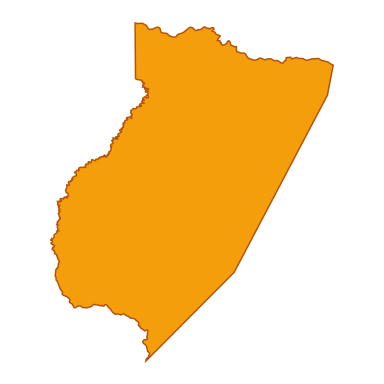 Boca do Acre, Amazonas, Brazil, rotated 270°
{"feature_id": "56859067B47019915073182", "entity_name": "Boca do Acre", "entity_type": "district", "adm_level": 2, "iso_a3": "BRA", "parent_name": "Brazil", "parent_adm1": "Amazonas", "projection": "natural_earth1", "projection_center": [-67.972, -8.817], "detail": "fine", "context": "isolated", "style": "filled", "palette": "amber", "viewbox_px": 384, "rotation_deg": 270, "n_neighbors": 0, "source": "geoboundaries", "source_scale": "gbopen_adm2", "svg_char_len": 5902}
<svg xmlns="http://www.w3.org/2000/svg" viewBox="0 0 384 384"><g transform="rotate(270 192 192)"><path d="M111.6,234.1L288.8,327.4L318.8,333.2L319.8,331.2L321.9,328.2L323.7,321.3L325.5,318.6L325.1,311.7L324.1,308.8L323.7,306.0L325.2,303.4L325.5,301.9L325.6,298.8L326.6,296.3L326.0,294.9L325.7,293.3L325.0,292.2L325.9,291.1L326.8,290.7L326.4,286.3L323.8,285.9L323.1,284.6L320.9,282.8L321.0,281.3L323.4,277.8L323.5,276.3L323.1,274.9L325.2,270.7L325.0,267.0L324.1,265.4L324.2,264.6L325.8,261.1L325.8,259.6L325.8,259.1L324.7,257.9L323.8,255.4L324.1,252.5L324.8,251.5L325.2,249.5L326.6,247.4L329.7,245.8L330.8,244.3L331.0,243.6L330.7,242.2L332.4,236.6L337.4,236.4L337.2,234.7L339.0,230.7L341.4,230.3L342.6,229.6L343.2,228.4L342.2,227.3L341.0,226.9L339.5,225.3L338.8,222.4L339.7,221.3L341.0,221.3L341.8,220.2L343.2,219.9L343.5,217.3L345.7,218.4L348.0,220.2L348.7,219.0L349.7,216.2L352.1,214.7L352.3,213.3L353.0,212.1L354.8,214.0L356.2,213.5L356.4,212.0L355.2,209.4L355.8,208.2L355.9,206.6L356.8,205.5L357.1,204.1L354.5,201.0L354.3,199.5L354.4,197.8L353.5,197.0L353.5,195.8L354.1,194.6L356.3,192.5L356.7,191.1L356.5,189.6L351.8,183.7L351.0,182.3L349.7,178.2L348.9,177.1L347.6,176.6L347.0,175.3L346.8,173.7L347.6,170.7L348.2,169.5L349.0,168.4L350.1,167.6L350.7,166.3L350.9,163.2L351.4,161.8L352.3,160.7L355.1,160.2L356.3,159.2L356.8,157.9L356.6,156.4L354.8,152.5L354.6,149.4L355.5,148.1L357.9,146.8L359.0,145.6L360.5,142.8L360.7,141.4L360.5,136.8L361.0,135.1L306.0,135.5L305.1,135.8L304.4,137.3L303.9,141.0L302.7,141.9L302.7,142.5L301.2,142.6L301.0,144.5L300.3,144.3L299.5,143.2L298.2,142.6L297.8,143.5L297.0,142.9L297.1,143.6L296.8,144.0L296.6,145.2L295.8,145.1L295.4,144.6L294.9,144.8L295.6,147.0L295.4,148.3L294.8,148.7L293.8,147.5L293.9,146.0L292.2,145.4L291.9,145.8L292.2,147.9L291.6,147.6L290.9,148.1L290.1,147.9L289.7,147.3L288.7,146.8L288.2,148.1L287.2,148.4L286.5,148.2L286.1,146.7L286.3,146.2L287.5,146.0L287.6,145.4L285.5,142.6L284.5,142.9L284.1,144.1L283.6,143.8L283.7,143.1L283.5,142.3L282.3,141.8L281.0,143.8L280.6,141.1L280.1,140.2L279.1,139.5L278.5,139.5L278.4,141.4L277.8,141.4L277.4,140.5L277.7,139.3L276.8,136.7L276.0,136.7L275.3,135.7L275.1,135.1L275.5,133.7L275.4,133.1L274.9,133.1L273.3,130.8L272.8,131.2L271.1,130.7L270.1,131.9L269.3,132.2L268.9,131.9L268.7,131.3L267.6,131.1L266.8,131.8L265.9,131.7L265.5,131.3L267.1,130.4L266.3,126.7L265.7,126.5L265.2,126.8L265.2,127.4L264.3,127.7L263.5,125.1L261.7,124.5L261.1,124.6L261.1,123.3L259.9,123.1L259.9,123.7L257.6,123.3L257.2,122.9L256.8,123.3L255.6,121.6L255.3,122.2L254.7,122.2L254.0,119.7L253.3,119.8L252.4,121.5L251.3,120.6L250.2,118.2L249.0,117.9L248.5,118.2L248.5,118.9L247.7,119.0L247.4,118.3L247.2,115.9L246.7,115.8L245.6,117.5L245.0,117.6L244.8,116.8L246.2,113.2L245.5,112.9L244.4,113.3L243.7,113.1L243.5,111.9L242.4,112.2L241.2,113.1L240.6,113.0L240.2,112.7L239.8,111.1L238.7,110.6L237.3,110.7L237.4,111.5L235.5,111.0L233.6,111.0L231.9,108.7L231.4,108.6L230.6,109.3L230.0,108.2L229.6,108.2L229.2,107.5L228.8,107.9L228.5,107.0L228.1,106.7L227.0,106.6L227.4,105.5L228.4,105.1L228.9,104.6L228.5,103.8L227.3,104.0L227.1,103.3L227.5,102.1L227.4,101.4L226.7,100.6L226.8,99.9L226.5,99.4L226.0,99.7L225.9,99.0L225.5,98.9L225.1,98.4L224.7,95.9L223.7,95.6L223.4,95.1L223.4,94.4L224.4,92.4L224.1,91.7L221.4,91.1L221.3,90.4L222.1,89.4L222.2,88.7L221.8,88.2L221.5,88.7L221.0,88.4L220.0,88.4L219.8,85.9L218.7,85.3L218.3,85.7L217.0,85.8L216.6,85.5L217.0,84.1L216.5,82.3L216.7,80.5L216.1,79.1L214.4,78.5L214.1,79.0L213.6,78.9L213.2,78.4L213.7,76.9L212.0,75.6L212.0,74.8L211.5,74.6L210.0,76.3L208.5,76.5L208.1,76.0L207.9,74.7L206.4,72.5L205.4,72.1L204.9,72.6L204.7,71.9L204.3,72.2L203.0,71.5L203.4,71.1L203.1,70.6L202.6,71.0L202.3,70.2L202.4,68.8L201.8,68.4L201.2,68.4L200.5,69.1L198.7,69.1L199.2,66.9L196.8,67.0L193.9,65.6L191.7,66.2L191.2,66.6L190.9,67.8L188.8,68.4L188.0,68.5L187.6,67.0L186.8,67.5L186.2,67.3L186.2,66.5L186.9,66.2L186.9,64.4L185.3,63.9L185.0,63.4L185.6,63.0L185.2,60.3L184.6,60.1L183.0,61.3L182.9,60.7L182.5,60.4L182.8,59.8L182.2,59.7L182.0,59.0L182.5,58.4L182.0,58.2L182.3,57.6L181.1,58.0L179.7,57.7L178.5,58.0L178.0,58.4L178.5,58.9L178.6,59.6L176.6,58.6L176.1,58.6L175.9,59.3L175.0,59.8L173.9,58.6L173.3,58.7L173.2,59.6L172.8,59.9L172.2,59.9L171.3,58.8L170.3,58.3L170.0,58.8L168.0,59.1L166.3,60.3L166.1,59.8L165.4,60.2L165.0,60.1L164.2,58.9L163.0,58.6L162.9,58.1L162.3,57.8L161.8,57.9L161.8,57.3L161.2,57.5L159.5,56.8L158.9,58.0L158.6,57.3L157.7,57.5L156.6,57.2L155.4,58.0L153.7,57.6L153.3,58.3L153.2,57.2L152.8,56.7L152.3,57.2L151.5,57.2L149.3,54.2L146.8,54.1L146.4,53.6L145.5,53.2L145.3,52.4L145.5,51.8L145.0,51.8L144.3,50.9L143.8,50.8L143.7,52.0L142.7,52.4L142.0,52.2L141.5,51.6L141.1,51.8L140.8,51.1L139.7,51.8L139.7,52.5L139.1,53.0L139.1,53.7L138.8,54.1L138.1,54.5L137.0,53.7L136.8,53.1L136.4,53.5L135.9,52.5L134.9,52.1L134.6,52.8L133.3,53.5L133.4,54.0L132.6,54.6L130.3,54.6L129.5,56.6L128.9,56.6L124.7,58.1L124.5,58.6L123.4,58.7L122.3,59.5L120.7,58.5L116.7,58.0L115.6,56.8L115.0,56.7L114.8,56.2L113.9,55.8L107.9,55.2L106.6,56.1L106.0,55.9L103.7,56.3L103.2,56.9L100.6,58.2L94.9,60.3L91.9,62.7L90.7,62.1L89.5,62.5L88.6,63.6L87.6,66.4L85.1,69.6L83.8,69.8L82.6,69.4L81.4,69.7L80.7,71.1L79.8,72.2L76.3,74.2L76.3,75.5L77.2,76.5L78.1,78.7L78.0,80.3L76.4,82.8L76.2,87.2L77.6,91.4L79.5,93.5L79.0,97.9L78.2,100.6L78.7,102.0L77.8,103.1L78.3,104.4L79.4,105.3L79.2,106.7L76.7,108.4L74.8,110.5L71.5,112.8L70.8,114.1L69.7,115.0L70.1,118.0L69.1,120.7L70.3,123.5L68.0,127.1L67.7,128.5L66.6,129.5L65.9,130.9L65.8,132.4L64.7,135.5L63.6,136.0L62.0,138.2L60.9,138.8L58.4,138.4L58.1,139.8L56.8,140.1L55.6,141.0L54.1,143.6L53.1,144.6L54.1,147.5L52.6,147.9L51.1,147.5L48.6,147.3L47.4,146.7L45.1,147.4L44.2,146.1L44.3,144.7L43.7,143.4L42.1,142.8L40.9,143.2L38.8,145.8L37.7,146.6L32.5,147.7L31.5,149.1L30.3,149.6L28.0,148.6L26.7,148.4L26.0,147.3L24.7,146.2L23.0,145.9L111.6,234.1Z" fill="#f59e0b" stroke="#b45309" stroke-width="1.5"/></g></svg>